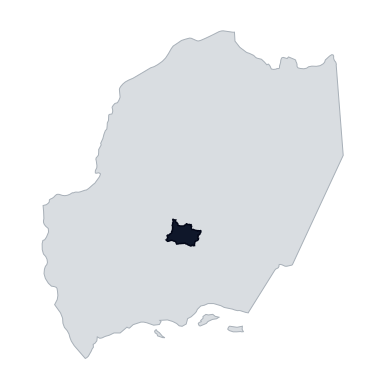 Mpwapwa, Dodoma, United Republic of Tanzania shown in context, rotated 86°
{"feature_id": "72390352B74757309381442", "entity_name": "Mpwapwa", "entity_type": "district", "adm_level": 2, "iso_a3": "TZA", "parent_name": "United Republic of Tanzania", "parent_adm1": "Dodoma", "projection": "albers", "projection_center": [36.387, -6.763], "detail": "medium", "context": "in_parent", "style": "filled", "palette": "ink", "viewbox_px": 384, "rotation_deg": 86, "n_neighbors": 0, "source": "geoboundaries", "source_scale": "gbopen_adm2", "svg_char_len": 5493}
<svg xmlns="http://www.w3.org/2000/svg" viewBox="0 0 384 384"><g transform="rotate(86 192 192)"><path d="M137.1,279.7L132.5,277.2L128.3,275.8L124.8,274.2L123.3,272.6L120.1,272.0L117.3,271.7L114.7,270.3L109.4,269.7L108.8,268.8L108.6,266.5L107.7,266.0L105.8,265.4L103.7,265.5L102.4,265.8L101.7,265.7L99.9,264.4L98.3,262.7L97.7,260.1L95.2,258.4L92.4,257.1L84.7,257.3L83.4,256.9L81.6,255.6L79.4,253.4L77.6,250.9L76.0,247.5L74.4,242.9L65.2,224.5L64.3,221.0L62.5,217.2L59.6,212.5L56.5,209.0L52.3,205.8L47.6,202.7L45.1,200.6L40.1,191.9L39.1,187.9L38.3,183.7L38.6,182.0L41.5,176.5L41.8,175.0L41.4,172.9L39.9,168.6L37.9,163.4L33.9,153.8L33.4,151.4L33.4,149.6L35.5,139.9L35.5,138.5L44.5,138.6L51.0,134.2L56.6,127.8L57.7,125.1L60.0,121.0L62.3,119.0L63.1,117.6L64.4,113.5L67.4,110.7L70.3,108.5L69.7,107.0L70.1,106.5L71.7,105.4L74.8,104.3L75.4,102.2L75.3,99.8L74.8,98.5L74.9,96.9L74.4,96.1L72.4,95.9L69.3,94.7L66.7,94.2L65.0,93.5L64.4,93.0L64.1,91.6L65.5,87.8L64.0,86.3L67.1,80.1L67.7,79.4L68.8,79.3L70.6,78.6L72.3,78.3L73.7,78.5L74.7,78.2L75.6,77.5L76.3,75.4L76.9,71.9L76.5,69.1L75.2,66.9L74.8,63.6L75.3,59.1L74.9,55.4L73.4,52.4L71.9,50.7L69.6,49.8L66.0,45.3L64.8,43.1L65.0,41.8L66.2,41.2L68.5,41.4L70.7,40.8L72.6,39.5L74.6,39.1L75.6,39.3L166.0,38.6L271.5,96.9L271.9,97.6L272.7,102.7L272.5,104.4L270.9,107.3L270.4,108.8L270.4,109.8L270.8,110.3L272.2,110.4L273.4,111.1L273.8,111.6L274.7,113.8L275.8,114.9L315.6,143.8L316.5,144.3L315.9,146.7L313.6,152.5L313.5,155.0L312.6,157.8L311.7,159.7L309.4,167.9L307.5,171.0L304.8,178.2L304.4,183.7L305.8,187.6L306.3,191.2L309.4,194.8L311.8,196.1L313.4,197.7L316.4,201.5L318.0,205.2L323.3,207.0L325.3,211.2L324.6,214.1L322.1,216.5L319.8,220.3L317.9,225.4L317.8,233.1L319.1,231.9L321.9,233.8L322.2,239.5L319.3,246.2L318.4,249.3L318.2,251.9L320.2,259.9L323.4,263.9L323.1,265.2L322.3,266.3L327.6,273.5L327.2,279.7L329.1,284.5L330.0,288.7L331.3,292.0L331.5,294.2L329.9,296.6L333.8,297.3L336.1,299.3L337.1,301.2L340.0,301.2L341.5,302.5L343.7,303.6L348.6,306.9L349.9,308.5L350.6,310.1L337.1,320.2L332.3,322.8L328.8,323.9L325.1,324.6L321.6,326.2L318.2,328.7L314.0,329.9L308.8,329.9L303.4,331.6L294.8,336.9L289.8,333.9L285.9,333.0L281.4,333.1L278.7,333.4L277.7,334.0L276.8,335.8L276.1,338.8L273.1,341.6L268.0,344.3L263.2,345.3L258.8,344.6L255.9,343.4L254.3,341.9L252.1,341.1L249.1,341.3L246.2,342.4L243.5,344.5L239.1,345.4L233.1,345.1L229.9,344.1L229.4,342.3L226.8,340.3L222.0,337.9L218.4,337.9L216.1,340.2L214.1,341.6L212.2,342.2L210.5,342.2L208.1,341.6L201.4,341.4L195.1,341.5L194.5,338.2L193.2,336.2L192.0,335.1L189.9,334.8L189.2,333.8L188.5,331.8L187.4,330.1L186.0,328.6L185.1,327.3L184.9,326.1L185.1,324.7L186.4,321.4L186.8,319.1L186.6,316.7L185.9,314.3L184.4,311.4L184.6,310.6L184.0,308.6L184.0,307.3L184.3,305.5L184.0,303.3L182.7,298.5L182.7,297.3L181.3,294.9L177.1,289.4L176.9,288.7L170.3,283.2L167.6,282.0L166.7,283.0L166.3,284.0L166.6,285.8L166.5,286.7L166.2,287.1L164.6,287.0L163.7,286.8L161.2,285.3L159.2,285.0L154.4,285.3L152.7,285.6L151.4,285.3L148.8,282.8L145.8,282.3L143.1,282.1L138.7,279.3L137.1,279.7ZM324.1,186.9L326.2,193.0L325.9,194.1L324.4,194.8L323.6,194.9L322.6,193.9L322.0,191.8L320.8,192.3L318.8,189.8L316.9,189.7L315.1,186.7L315.8,184.2L315.5,179.8L317.6,177.6L318.8,173.8L320.2,176.4L320.5,180.4L322.3,185.1L324.1,186.9ZM334.9,150.5L335.0,152.0L334.6,153.3L334.6,157.7L334.4,160.6L332.8,164.5L331.4,165.9L330.3,165.5L329.3,164.9L328.5,163.8L330.1,156.5L329.4,151.1L332.4,151.6L334.9,150.5ZM329.9,238.6L328.3,239.0L327.7,238.6L326.8,237.4L328.4,236.4L330.0,234.4L333.8,231.6L335.5,229.2L335.2,231.5L333.1,236.4L331.3,236.8L329.9,238.6Z" fill="#d9dde1" stroke="#a8b0b8" stroke-width="1"/><path d="M218.8,210.2L218.7,210.5L218.6,211.7L217.9,212.8L218.0,212.9L218.5,212.8L218.5,213.0L219.0,212.9L219.1,213.0L219.3,213.0L220.1,212.7L220.3,212.8L220.6,212.8L220.9,212.9L221.4,213.4L221.8,213.2L222.2,213.5L223.1,213.6L223.8,214.1L225.8,213.6L226.5,214.0L226.7,213.8L227.1,213.8L228.5,214.1L228.6,214.4L229.2,214.6L229.8,214.4L230.1,215.1L230.9,215.1L231.5,215.2L232.3,216.9L232.6,217.1L232.9,217.2L233.0,217.5L233.5,218.4L233.5,218.7L233.3,218.9L233.5,219.1L233.4,219.4L233.8,219.9L234.7,219.7L235.6,219.2L235.7,219.5L236.4,219.7L236.7,220.0L237.2,220.0L237.3,220.2L237.7,220.3L238.0,220.6L238.1,221.1L238.9,220.4L239.5,219.8L239.4,218.4L239.1,217.9L239.1,217.5L238.8,216.8L238.9,216.4L238.7,215.7L238.9,215.3L239.0,214.7L239.6,213.9L239.6,213.7L239.9,212.7L240.5,211.7L242.8,211.0L242.7,210.6L242.9,210.0L242.7,209.3L242.8,208.8L242.5,208.0L242.7,207.0L242.7,206.4L242.5,205.9L242.7,205.4L242.5,204.6L242.7,204.1L242.7,203.6L242.5,203.4L242.3,202.7L242.6,202.6L242.7,202.4L243.3,201.8L243.5,201.4L243.5,200.7L244.6,199.5L245.1,197.9L245.7,197.5L245.6,195.9L245.1,195.8L244.9,195.7L245.0,194.7L245.7,194.0L245.6,193.9L245.6,193.2L244.2,193.2L243.3,192.9L242.2,192.7L241.3,191.8L240.9,190.4L240.6,189.8L239.9,189.0L239.2,189.0L238.6,188.7L238.4,189.3L237.2,189.4L236.6,188.9L235.4,189.0L235.3,188.0L234.6,187.1L233.8,186.9L233.1,186.2L231.5,185.8L231.1,186.2L231.3,186.6L231.0,188.4L231.4,189.0L230.8,189.5L230.6,190.9L229.9,192.5L229.4,193.3L229.4,194.8L228.4,195.3L227.5,195.3L226.5,194.8L225.5,195.8L225.2,195.7L224.9,195.0L224.5,195.2L224.5,196.1L224.1,197.1L224.2,197.6L224.2,198.5L223.5,199.2L223.3,199.7L223.3,199.8L224.0,199.9L224.7,201.9L225.4,202.4L225.1,206.0L224.3,208.4L224.2,208.5L223.2,208.3L222.5,208.5L221.8,209.1L221.3,209.3L221.1,210.3L219.4,210.5L219.0,210.4L218.8,210.2Z" fill="#0f172a" stroke="#020617" stroke-width="1.5"/></g></svg>